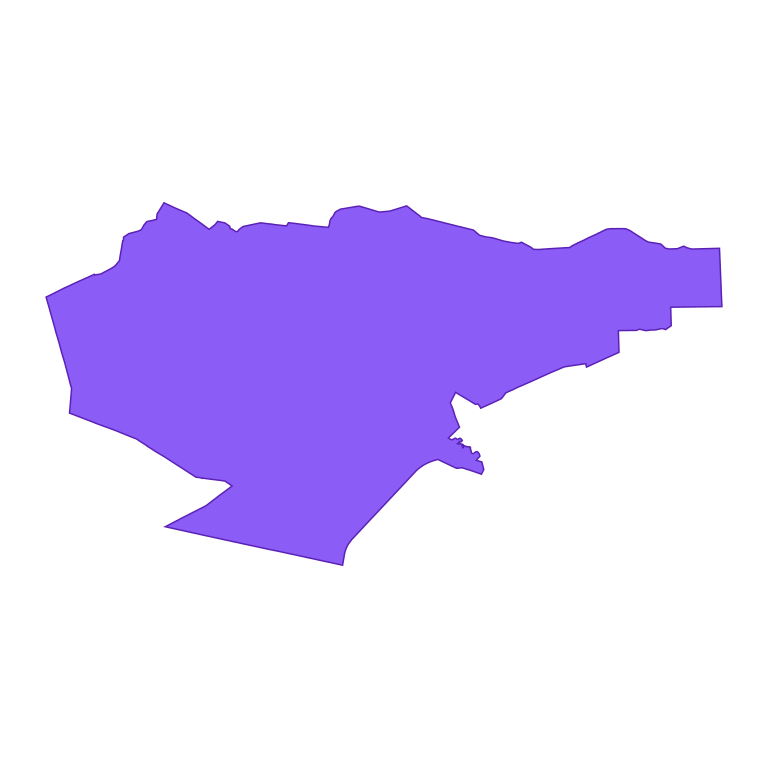 Ilzenes pag., Aluksne, Latvia
{"feature_id": "27541924B97832131674611", "entity_name": "Ilzenes pag.", "entity_type": "district", "adm_level": 2, "iso_a3": "LVA", "parent_name": "Latvia", "parent_adm1": "Aluksne", "projection": "equal_earth", "projection_center": [26.7, 57.377], "detail": "fine", "context": "isolated", "style": "filled", "palette": "violet", "viewbox_px": 768, "rotation_deg": 0, "n_neighbors": 0, "source": "geoboundaries", "source_scale": "gbopen_adm2", "svg_char_len": 5982}
<svg xmlns="http://www.w3.org/2000/svg" viewBox="0 0 768 768"><path d="M618.6,352.5L619.0,352.3L618.4,330.6L636.7,330.4L638.1,329.6L639.0,329.3L639.8,329.3L640.9,329.5L644.6,330.4L645.2,330.5L645.8,330.6L646.5,330.6L651.4,330.0L653.8,330.0L654.6,330.0L656.1,329.8L661.3,328.7L662.9,328.7L664.3,329.1L665.7,329.6L666.4,329.0L671.2,325.7L671.2,325.3L671.2,325.1L670.7,307.2L702.3,306.8L711.3,306.7L721.9,306.6L721.4,295.2L719.5,248.3L693.7,249.0L692.1,249.0L690.6,248.8L686.5,247.6L684.2,246.3L683.7,246.2L677.3,248.7L669.1,249.0L665.3,248.2L660.8,244.0L655.4,243.1L651.9,242.6L648.6,242.1L647.6,241.7L645.4,240.5L643.8,239.6L642.9,238.9L635.1,233.9L629.7,230.4L626.1,228.9L625.0,228.7L619.9,228.6L618.5,228.6L613.6,228.7L612.3,228.7L610.7,228.7L607.2,229.1L606.0,229.5L604.6,230.1L599.7,232.6L597.8,233.4L597.1,233.9L589.1,237.5L587.2,238.4L585.8,239.2L585.3,239.4L584.7,239.7L584.1,240.2L583.9,240.3L583.2,240.3L582.1,241.1L581.8,241.2L581.6,241.3L581.2,241.3L580.9,241.4L580.8,241.6L580.2,241.9L579.9,242.1L579.3,242.2L579.2,242.3L579.1,242.5L578.9,242.6L578.6,242.7L578.3,242.6L578.1,242.6L577.9,242.8L577.4,243.1L577.1,243.4L577.0,243.5L576.8,243.5L576.6,243.6L576.4,243.8L576.1,243.9L576.0,244.0L575.9,244.1L575.4,244.1L574.8,244.4L574.4,244.7L574.0,244.8L573.9,245.0L573.7,245.2L573.5,245.3L572.6,245.5L572.3,245.7L572.1,245.9L571.9,246.0L571.6,246.1L571.3,246.3L571.1,246.5L570.2,247.2L570.0,247.3L569.9,247.5L549.9,248.7L541.2,249.3L538.6,249.5L533.5,249.3L531.5,247.7L529.9,246.7L528.3,245.9L521.4,242.2L519.0,243.3L517.6,243.3L511.4,242.5L503.9,241.1L501.7,240.5L499.0,239.7L495.0,238.5L493.3,238.0L490.5,237.5L485.8,236.9L484.3,236.5L479.7,235.3L479.3,235.1L473.6,230.2L473.2,230.0L463.3,227.6L461.0,226.9L459.7,226.7L427.8,218.7L426.7,218.5L421.3,217.4L420.4,216.4L406.7,205.9L402.1,207.3L389.8,211.1L379.3,212.1L374.0,210.5L359.6,206.2L357.5,206.3L342.6,208.8L340.5,209.1L339.5,209.7L338.6,210.2L337.7,210.6L336.8,211.1L336.2,211.5L335.6,211.9L334.8,212.8L334.5,213.4L334.2,214.0L333.9,214.6L333.3,215.7L333.0,216.3L332.1,217.3L331.8,217.7L331.7,217.7L331.2,218.3L330.9,218.8L330.5,219.5L330.0,220.8L329.8,221.8L329.6,223.1L329.5,223.6L329.4,224.1L329.2,225.0L329.0,225.5L328.6,226.8L328.4,227.3L323.0,226.9L322.7,226.8L313.9,226.0L308.6,225.2L294.6,223.4L288.5,222.7L286.5,225.9L286.2,225.9L274.7,224.6L270.2,223.9L269.9,223.9L269.8,224.0L260.6,222.8L243.1,226.5L239.3,229.3L237.5,231.5L237.0,231.6L235.5,231.5L232.3,229.2L230.2,228.7L229.9,226.6L229.5,226.2L229.0,225.7L224.9,222.9L217.6,221.4L217.1,222.1L215.1,224.6L210.0,228.6L209.1,229.2L206.3,227.3L202.9,224.7L198.5,221.5L193.8,218.2L190.7,215.8L187.0,213.1L186.9,213.0L175.6,208.2L164.0,202.8L159.4,210.3L158.5,211.8L157.1,213.9L157.1,214.2L156.8,216.6L156.6,219.2L156.4,219.4L152.1,220.5L148.0,221.3L147.0,221.6L146.6,221.8L144.4,224.5L144.0,224.9L142.0,228.7L141.0,229.8L139.3,230.7L137.0,231.5L133.0,232.5L128.6,233.7L127.7,234.4L123.6,237.1L123.4,240.1L123.3,240.3L123.0,240.5L122.9,240.6L122.7,240.8L122.4,242.8L122.0,244.9L121.5,248.2L120.3,255.0L119.9,257.5L119.6,259.7L119.4,260.7L118.9,261.3L116.9,263.7L114.9,266.0L111.5,268.3L107.4,270.5L104.1,272.2L100.7,274.0L97.1,274.6L96.0,274.8L94.8,274.9L94.4,274.3L78.4,281.5L63.7,288.3L59.0,290.7L46.5,296.9L46.1,297.1L46.5,298.6L47.8,303.0L49.3,308.3L50.8,313.7L55.3,329.7L55.7,331.5L58.8,342.0L61.9,353.4L64.7,362.7L68.2,375.9L70.9,386.3L71.4,387.4L71.5,388.7L71.3,392.6L71.1,394.3L70.9,396.6L70.0,407.8L69.5,413.1L83.8,418.6L89.6,420.8L98.2,424.2L113.6,429.8L130.4,436.6L136.1,438.8L136.4,438.9L140.1,441.4L145.6,444.9L147.2,445.9L147.2,446.2L147.9,446.6L149.8,447.8L155.2,451.3L165.4,457.4L170.6,460.8L177.1,465.0L196.0,477.2L200.2,477.7L201.3,478.0L202.0,478.4L202.3,478.1L209.9,479.1L213.8,479.6L214.1,479.6L218.6,480.2L220.4,480.4L225.0,481.1L232.1,486.0L219.3,495.5L207.3,504.7L205.7,505.9L192.5,512.6L181.3,518.3L175.1,521.6L165.3,526.7L175.5,529.0L193.1,532.9L196.5,533.6L201.7,534.8L222.4,539.3L249.5,545.2L268.6,549.3L275.1,550.6L326.0,561.6L342.6,565.2L343.8,558.1L344.4,554.4L345.2,551.0L346.2,548.4L347.5,545.5L349.5,542.5L351.8,539.5L354.8,536.3L360.8,529.9L368.6,521.5L378.7,510.8L387.8,501.1L402.7,485.2L410.3,477.1L413.6,473.6L416.3,470.7L418.3,468.9L419.8,467.7L420.8,467.0L423.4,465.2L426.7,463.4L429.6,462.1L432.5,461.0L435.9,460.0L438.0,459.4L439.2,460.1L456.5,468.3L461.9,467.8L461.9,467.7L468.0,469.7L468.5,469.7L468.7,469.8L481.5,474.2L483.8,469.4L481.8,461.9L476.3,460.3L479.7,456.5L479.9,456.2L479.7,455.1L479.5,454.8L479.1,453.7L478.6,453.0L478.2,452.4L477.7,452.0L477.1,451.7L476.7,451.6L476.1,451.7L475.5,452.0L474.9,452.4L474.2,453.1L473.8,453.3L473.4,453.5L472.9,453.5L472.5,453.5L472.2,453.4L471.9,453.2L471.5,452.8L471.3,452.2L471.2,451.5L471.0,450.5L471.0,450.2L470.5,449.7L470.3,449.4L470.3,449.0L470.4,448.6L470.6,448.2L470.6,447.9L470.4,447.5L470.1,447.0L469.8,446.8L469.4,446.7L468.8,446.9L468.5,446.9L468.1,446.8L467.0,446.7L465.2,446.1L463.8,445.5L463.3,446.3L463.7,446.7L463.4,447.7L462.8,447.8L462.7,447.5L462.9,447.1L462.7,446.7L462.1,445.9L462.0,445.5L462.8,444.4L462.6,444.3L460.8,443.9L460.0,443.6L459.5,443.8L459.0,443.9L458.3,444.1L457.5,443.7L458.0,443.4L458.9,443.3L459.3,443.0L458.9,442.3L459.2,441.7L460.2,441.7L460.9,442.0L461.3,441.3L462.3,440.7L462.0,439.9L460.7,438.6L459.9,438.2L459.1,438.5L458.1,439.2L457.4,439.3L457.1,439.2L456.7,439.0L456.0,438.4L455.5,438.2L455.1,438.2L454.2,438.6L453.2,439.2L453.0,439.3L452.7,439.4L452.3,439.7L451.8,439.7L451.1,439.6L450.8,439.5L450.5,439.4L449.9,439.0L449.1,438.4L448.4,438.0L459.5,427.2L455.2,416.7L453.8,411.9L452.5,408.0L450.3,402.9L455.6,392.4L475.6,404.4L476.3,404.1L477.6,403.9L477.7,404.0L478.4,404.6L479.9,406.5L480.3,407.4L480.7,408.2L480.9,408.1L491.8,403.2L501.5,398.6L505.9,392.8L513.9,389.2L519.4,386.5L519.5,386.6L524.2,384.5L529.2,382.3L531.5,381.3L542.1,376.5L544.3,375.5L551.7,372.2L559.3,369.0L563.9,367.0L568.4,366.2L577.4,364.9L585.7,363.7L586.5,367.1L605.3,358.5L618.6,352.5Z" fill="#8b5cf6" stroke="#5b21b6" stroke-width="1.5"/></svg>